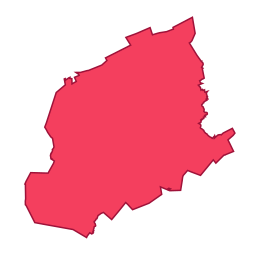 Ciudad del Maíz, San Luis Potosí, Mexico (Natural Earth projection), rotated 267°
{"feature_id": "50627088B28036330592327", "entity_name": "Ciudad del Maíz", "entity_type": "district", "adm_level": 2, "iso_a3": "MEX", "parent_name": "Mexico", "parent_adm1": "San Luis Potosí", "projection": "natural_earth1", "projection_center": [-99.716, 22.431], "detail": "fine", "context": "isolated", "style": "filled", "palette": "rose", "viewbox_px": 256, "rotation_deg": 267, "n_neighbors": 0, "source": "geoboundaries", "source_scale": "gbopen_adm2", "svg_char_len": 5214}
<svg xmlns="http://www.w3.org/2000/svg" viewBox="0 0 256 256"><g transform="rotate(267 128 128)"><path d="M180.3,66.9L174.4,67.7L167.2,58.2L137.5,46.8L133.2,44.9L130.5,46.4L127.8,47.6L123.2,50.4L121.6,52.1L113.0,53.1L111.8,52.6L111.5,52.3L111.2,52.1L111.0,51.9L110.9,51.8L110.8,51.6L110.6,51.4L110.4,51.3L110.0,51.4L109.6,51.5L109.2,51.4L108.9,51.2L108.7,51.2L108.2,51.0L107.9,50.7L107.6,50.4L107.5,50.5L107.2,50.4L107.1,50.2L106.7,50.1L106.3,49.6L106.2,49.5L105.9,49.5L105.4,49.5L105.1,49.2L104.6,49.1L103.7,49.2L101.9,49.4L101.2,50.3L101.0,49.8L98.9,52.7L96.5,51.7L87.1,45.8L88.5,28.5L80.2,23.5L77.4,22.1L77.2,22.6L76.9,22.6L74.7,22.5L63.2,22.1L62.1,22.0L61.4,21.8L59.9,21.6L56.7,21.5L56.3,21.9L56.2,22.1L38.4,30.0L36.5,37.9L29.5,67.8L20.8,80.9L22.2,81.6L25.4,84.3L24.1,86.2L24.5,87.1L24.8,87.0L25.0,87.6L25.3,87.5L25.7,88.0L26.6,87.6L26.9,88.2L27.2,88.5L27.9,88.1L29.1,88.5L29.8,88.8L30.6,88.9L31.3,89.2L31.7,90.4L32.2,90.6L34.1,90.2L35.2,89.5L36.3,89.3L36.6,89.5L37.0,90.3L38.0,91.0L38.6,91.2L38.9,92.0L39.2,92.3L42.2,93.5L43.1,95.2L43.9,96.2L44.6,98.0L45.0,99.0L37.4,106.9L44.6,113.6L53.7,121.8L51.5,123.9L48.8,126.1L46.2,128.3L51.8,145.1L60.0,158.2L67.5,157.3L64.3,164.1L65.1,164.5L65.7,165.6L65.0,167.2L64.0,165.5L63.9,165.6L63.7,165.3L63.2,166.5L63.0,177.3L72.9,179.4L74.6,179.7L75.1,179.8L76.1,180.0L77.2,180.4L78.1,181.0L79.5,182.4L82.5,185.3L80.9,188.7L76.9,197.9L77.4,198.4L91.7,211.5L88.3,213.9L95.9,222.4L95.9,223.2L96.0,223.2L99.1,232.2L110.9,227.2L115.1,232.6L117.3,234.5L122.2,232.2L118.0,222.8L116.3,220.8L116.5,220.6L116.5,220.3L116.5,220.0L116.6,219.8L116.6,219.6L116.5,219.4L116.5,219.2L116.5,218.9L116.4,217.9L116.2,217.7L116.2,217.3L115.9,216.9L115.7,216.6L115.4,216.3L115.2,216.1L113.6,214.1L114.4,214.3L115.0,214.4L115.7,214.2L115.3,214.0L115.0,213.4L114.7,213.3L114.5,213.1L114.3,212.7L113.7,212.5L113.5,212.3L113.3,212.0L113.1,211.9L112.7,211.9L113.1,211.7L113.5,211.3L113.9,211.1L114.1,210.8L114.2,210.5L114.4,210.2L114.8,209.4L115.0,209.1L115.3,208.8L115.6,208.4L115.9,208.0L116.1,207.8L116.5,207.5L116.7,207.3L117.3,206.8L117.8,206.6L118.0,206.5L118.2,206.2L118.7,205.1L119.2,204.9L119.6,204.5L120.3,204.0L120.6,203.8L120.9,203.7L121.6,203.6L121.8,203.3L122.1,203.1L122.3,202.8L122.4,202.6L122.8,202.3L123.0,202.1L123.2,201.8L123.5,201.4L123.6,201.0L123.8,200.7L124.2,200.3L124.5,200.2L124.9,200.4L125.7,200.7L126.2,200.8L126.4,200.8L126.7,200.9L127.5,200.7L127.8,200.4L128.0,200.2L128.5,199.4L128.9,198.8L129.1,199.2L129.5,200.0L129.5,200.4L129.6,200.6L129.7,200.8L130.0,201.0L130.2,201.3L130.3,201.3L130.5,201.2L130.9,201.3L131.0,201.3L131.0,201.2L131.3,201.2L131.5,201.2L131.6,201.4L132.0,201.2L132.1,201.7L132.2,201.9L132.4,201.5L132.3,201.4L132.5,201.4L132.6,201.5L132.6,201.8L132.7,202.0L133.1,202.3L133.1,202.9L133.4,203.7L133.5,204.1L133.8,204.0L134.0,204.0L134.3,204.2L134.5,204.1L134.6,203.9L134.8,203.9L134.8,204.0L134.7,204.3L134.7,204.5L134.9,204.7L135.1,204.9L135.1,205.0L135.3,205.1L135.5,205.1L135.4,205.2L135.5,205.4L135.4,205.5L135.4,205.4L135.3,205.6L135.6,205.7L135.8,205.7L136.2,205.7L136.6,205.6L136.9,205.8L136.9,206.0L136.9,206.6L136.9,206.9L137.2,207.3L137.4,207.7L137.6,207.8L137.9,208.0L138.2,207.9L138.8,207.9L139.1,207.8L139.3,207.6L139.5,207.0L139.6,206.5L139.6,206.3L139.4,205.9L140.1,205.1L140.6,204.6L141.0,204.7L141.5,204.9L142.1,204.9L142.3,205.0L142.8,205.0L143.5,204.7L143.8,204.5L144.3,204.4L145.0,204.2L145.3,204.0L145.6,203.5L145.8,203.4L145.9,203.2L146.2,203.0L146.8,202.8L147.3,202.8L147.6,202.9L147.9,203.5L148.1,203.7L148.6,204.0L149.2,204.6L149.3,204.9L149.5,204.8L149.9,205.1L150.1,205.3L150.3,205.6L150.5,205.9L151.2,207.2L151.3,207.3L151.3,207.6L151.6,208.2L152.7,207.5L152.8,207.5L153.0,207.9L152.9,208.3L152.9,208.5L152.7,208.7L152.8,209.3L154.9,208.2L155.3,208.4L155.1,208.6L155.2,209.0L156.1,208.6L157.1,208.3L157.3,208.2L157.6,208.3L158.3,208.2L158.8,207.9L159.0,207.9L159.5,208.6L160.2,209.0L160.4,209.2L160.3,208.7L160.0,208.2L159.9,207.7L159.8,207.4L159.7,206.7L160.1,206.5L160.7,206.5L160.9,206.5L161.1,206.5L161.2,206.4L162.0,206.4L161.6,205.7L161.6,205.3L161.9,205.2L161.8,204.8L162.0,204.8L162.1,204.7L162.7,204.4L162.7,204.2L162.5,203.7L162.3,203.2L162.2,203.2L162.0,202.9L162.5,202.8L162.8,202.7L163.2,202.7L163.7,202.6L164.0,202.6L164.4,202.5L164.5,202.4L164.9,202.4L165.1,202.3L165.3,202.0L165.5,201.7L166.4,201.1L167.1,200.5L168.6,204.6L169.3,202.8L171.4,202.0L171.9,203.1L172.1,203.6L172.7,204.0L172.8,204.7L173.1,205.1L173.1,205.5L173.5,206.1L173.8,206.7L183.5,205.3L183.8,205.9L184.8,204.7L185.2,205.0L185.6,205.3L186.1,205.6L186.6,205.7L186.9,206.1L187.1,206.3L187.8,206.4L188.6,206.3L189.4,206.0L189.9,205.4L190.3,205.1L190.5,204.9L190.9,205.1L191.0,204.5L196.9,200.7L209.7,193.7L210.6,195.3L212.0,196.5L219.0,200.0L235.2,198.1L226.1,178.2L224.3,178.5L224.1,177.5L222.2,171.6L221.5,164.7L221.1,162.7L219.8,157.3L227.1,155.3L222.4,142.7L221.7,140.7L218.6,130.6L210.6,135.0L199.2,109.2L196.5,110.5L192.2,105.1L187.5,91.4L187.5,90.4L186.0,83.5L186.2,78.9L184.5,81.1L184.5,81.4L183.1,82.0L181.4,77.2L177.2,78.8L175.0,74.4L180.2,74.5L180.6,72.5L181.6,72.7L181.3,71.8L181.0,71.2L180.7,70.8L180.4,70.3L179.7,69.1L179.4,68.5L179.2,68.3L180.7,67.9L180.3,66.9Z" fill="#f43f5e" stroke="#9f1239" stroke-width="1.5"/></g></svg>